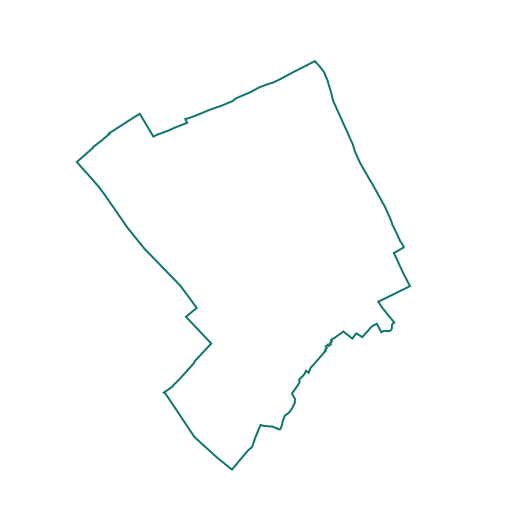 the district of Targu Bujor, Galati, Romania, rotated 333°
{"feature_id": "2599482B16155789325197", "entity_name": "Targu Bujor", "entity_type": "district", "adm_level": 2, "iso_a3": "ROU", "parent_name": "Romania", "parent_adm1": "Galati", "projection": "albers", "projection_center": [27.937, 45.873], "detail": "fine", "context": "isolated", "style": "outline", "palette": "teal", "viewbox_px": 512, "rotation_deg": 333, "n_neighbors": 0, "source": "geoboundaries", "source_scale": "gbopen_adm2", "svg_char_len": 4630}
<svg xmlns="http://www.w3.org/2000/svg" viewBox="0 0 512 512"><g transform="rotate(333 256 256)"><path d="M111.9,335.9L112.8,337.2L112.9,338.3L113.2,340.3L113.3,341.2L113.6,343.2L113.9,346.3L115.1,356.3L115.2,357.0L116.8,370.7L118.7,387.2L119.0,389.1L119.5,390.7L122.9,399.8L127.2,411.1L128.9,415.5L130.6,419.8L137.6,435.4L145.0,432.3L145.0,432.2L152.6,429.0L159.2,426.2L161.7,425.3L165.8,424.5L173.0,417.4L178.2,413.0L178.7,412.5L181.4,410.2L183.4,408.6L184.7,409.9L185.7,410.9L186.5,411.4L187.2,411.9L188.8,412.6L189.4,413.0L190.5,414.0L191.0,414.3L192.0,414.6L193.4,415.6L194.3,416.7L195.3,417.9L195.5,418.1L196.6,419.3L196.7,419.6L196.8,420.1L197.5,420.7L199.2,421.3L200.1,420.5L200.6,420.1L201.6,419.2L202.9,417.7L203.8,416.7L204.3,416.0L204.4,415.9L205.2,414.8L205.9,414.3L206.4,413.8L206.9,413.4L207.5,413.0L208.3,412.2L209.7,411.1L211.4,411.1L212.1,410.9L213.3,410.8L215.4,410.1L217.3,409.1L218.3,408.5L219.1,408.1L222.1,405.7L223.2,405.1L223.5,404.8L224.0,404.3L225.8,401.1L225.6,394.9L226.0,394.7L227.1,394.0L228.9,393.3L229.0,393.2L231.4,391.8L232.8,391.0L233.4,390.7L233.7,390.7L235.1,389.8L235.9,389.3L237.6,388.1L237.8,387.8L237.9,386.8L238.1,386.2L238.6,385.6L239.5,385.4L240.0,385.3L240.7,384.9L240.9,384.8L243.8,384.0L244.4,383.7L245.0,383.4L246.2,382.9L246.7,382.4L248.2,381.2L248.5,381.0L249.9,383.9L251.4,382.6L251.5,382.5L253.8,380.5L254.4,380.3L260.1,378.1L260.5,377.9L262.0,377.3L265.1,376.1L268.3,374.7L268.6,374.6L272.3,373.1L273.1,372.7L275.1,372.2L275.0,371.3L274.9,371.2L275.1,370.9L276.1,370.5L277.5,370.0L277.2,368.1L279.9,367.6L280.0,368.3L280.2,369.2L282.7,368.6L282.5,367.8L282.4,367.1L284.8,366.6L284.5,365.0L287.1,364.5L287.8,364.8L290.0,364.4L292.3,364.0L292.5,364.0L297.2,363.4L298.9,363.0L299.1,363.0L299.6,362.9L300.2,364.3L301.1,366.2L302.9,370.1L304.3,373.3L308.9,371.1L310.3,370.5L313.2,375.4L313.7,376.5L314.2,376.4L316.9,375.3L319.1,374.4L319.5,374.4L323.2,372.9L326.8,371.5L328.4,371.3L332.0,371.2L332.9,371.2L333.0,375.0L333.0,380.6L333.0,380.8L334.5,380.9L335.2,380.7L335.8,380.8L336.0,380.9L336.3,381.1L337.8,381.6L339.0,382.5L339.9,383.3L341.6,383.4L342.6,383.3L343.6,382.7L344.2,382.2L344.6,381.4L345.1,380.4L346.2,379.0L346.9,378.3L347.6,378.2L348.7,378.2L348.8,378.2L349.0,378.1L349.0,377.9L347.8,372.6L347.5,371.1L347.1,369.6L346.2,365.5L346.2,365.2L345.2,360.6L344.7,357.5L344.4,354.4L344.1,352.2L358.0,352.5L368.3,352.6L373.1,352.7L373.9,352.7L379.5,352.7L379.5,348.4L379.5,345.6L379.4,338.4L380.1,320.3L380.2,316.6L380.2,315.9L382.4,315.9L383.9,315.8L388.3,315.6L391.5,315.4L391.8,313.8L391.5,310.5L391.3,308.8L391.3,306.5L391.3,306.2L391.3,304.2L391.4,303.4L391.5,302.5L391.6,301.0L391.6,299.5L391.7,295.4L391.8,293.4L391.6,290.9L392.1,288.4L392.5,284.6L392.6,283.5L392.7,282.3L392.7,281.0L392.8,279.0L393.2,271.5L393.3,270.4L393.2,269.2L393.1,267.2L393.0,265.1L393.0,264.0L392.9,261.0L392.9,260.8L392.7,256.5L392.7,253.1L392.5,248.4L392.4,245.9L391.8,237.4L391.8,235.8L391.7,234.3L391.4,229.3L391.4,228.2L391.3,226.5L391.0,220.1L391.2,215.4L391.5,210.4L391.6,208.3L391.8,207.0L391.8,206.4L392.9,200.7L393.0,200.6L393.0,200.0L393.0,199.1L393.1,195.4L393.4,190.1L393.6,187.4L393.7,184.5L393.9,179.1L394.0,176.7L394.2,174.3L394.4,169.2L394.6,165.7L394.6,164.6L394.7,162.1L394.9,159.3L395.0,156.6L395.2,152.9L395.7,150.7L396.9,145.5L397.3,143.3L397.8,140.7L398.7,135.5L399.1,134.0L399.5,131.4L399.6,129.8L399.7,128.4L399.8,126.9L399.9,126.0L400.0,125.1L400.0,124.4L400.1,123.8L400.0,122.5L399.6,120.1L398.6,115.3L398.3,114.2L398.0,113.0L397.6,111.8L396.9,109.1L372.2,109.1L356.8,109.4L349.8,109.2L344.2,108.2L335.8,107.2L328.5,107.4L323.8,107.4L319.6,107.1L311.3,106.5L309.3,106.5L305.1,107.3L291.7,106.3L289.4,105.7L284.6,105.2L278.7,104.5L274.5,104.2L274.1,104.2L272.9,104.1L272.7,104.1L271.9,104.0L271.2,104.0L268.3,103.7L265.3,103.4L264.6,103.3L262.3,103.1L260.0,102.8L255.2,101.9L255.1,106.1L252.2,105.8L249.3,105.5L246.3,105.2L243.3,104.9L241.8,104.8L240.2,104.7L237.0,104.5L235.9,104.6L233.8,104.3L231.8,104.1L228.7,103.8L226.5,103.5L224.9,103.3L222.6,103.1L220.2,103.0L219.5,103.0L218.8,103.1L217.8,88.0L217.0,76.6L213.9,76.8L211.8,76.9L194.1,78.7L187.9,79.3L184.5,79.6L183.0,79.8L180.7,80.0L180.8,80.7L179.3,81.0L177.4,81.5L174.9,82.0L170.2,83.2L169.1,83.4L166.3,83.9L160.3,85.0L160.0,85.6L145.5,89.3L140.5,90.5L139.1,90.9L139.8,93.8L140.2,95.6L141.3,99.7L143.1,106.1L143.6,108.1L147.2,122.6L149.0,132.9L154.4,172.9L160.0,199.1L175.2,248.5L178.8,270.6L179.6,275.4L166.0,278.3L176.4,313.7L165.0,317.8L153.7,321.9L151.8,323.4L131.5,331.2L123.5,333.6L123.0,334.3L119.6,334.8L115.8,335.4L113.0,335.7L111.9,335.9Z" fill="none" stroke="#0f766e" stroke-width="2"/></g></svg>